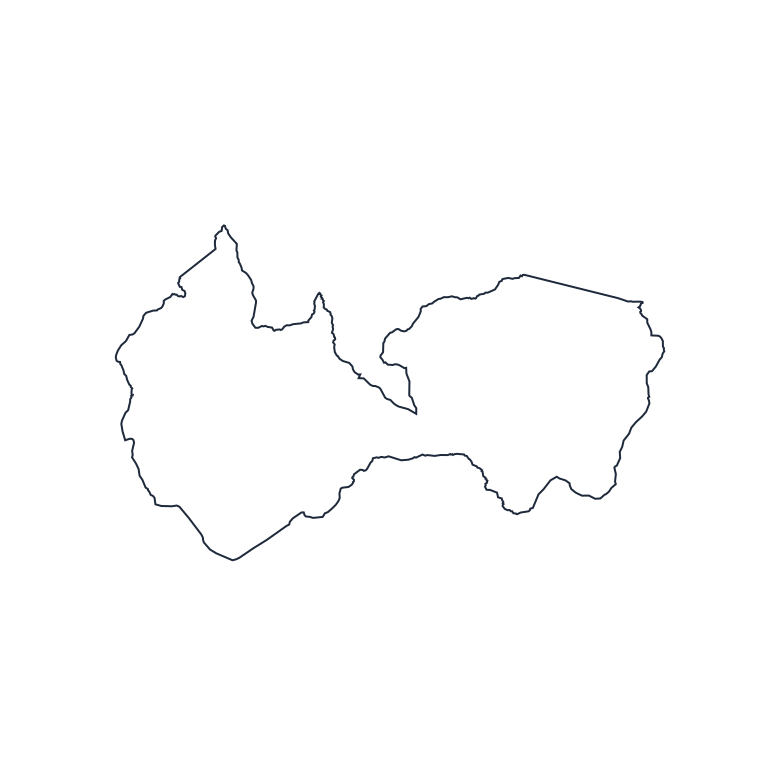 the district of Espejo, Carchi, Ecuador, rotated 142°
{"feature_id": "8360857B16708852637049", "entity_name": "Espejo", "entity_type": "district", "adm_level": 2, "iso_a3": "ECU", "parent_name": "Ecuador", "parent_adm1": "Carchi", "projection": "mercator", "projection_center": [-78.037, 0.708], "detail": "fine", "context": "isolated", "style": "outline", "palette": "slate", "viewbox_px": 768, "rotation_deg": 142, "n_neighbors": 0, "source": "geoboundaries", "source_scale": "gbopen_adm2", "svg_char_len": 6166}
<svg xmlns="http://www.w3.org/2000/svg" viewBox="0 0 768 768"><g transform="rotate(142 384 384)"><path d="M579.4,560.4L580.9,555.2L582.5,551.9L582.2,549.1L583.9,545.2L585.1,540.1L584.6,538.7L585.4,537.5L585.1,535.5L586.4,534.8L588.7,532.2L589.2,530.9L588.6,530.1L589.3,529.7L590.5,530.3L591.6,528.7L593.2,528.4L594.9,526.4L601.7,520.9L605.4,520.5L613.1,516.4L615.6,514.2L619.2,507.6L622.6,499.0L617.9,497.3L616.2,495.7L616.0,494.0L617.1,491.6L623.6,486.4L625.8,482.7L627.7,481.3L628.4,474.1L629.7,468.2L633.1,462.1L633.4,457.1L635.6,449.3L634.7,446.4L635.4,445.5L635.2,443.9L636.1,440.3L635.0,438.1L634.9,435.6L638.2,429.9L634.6,425.0L626.5,418.3L622.1,415.8L620.8,413.2L620.3,399.1L620.6,377.8L621.4,374.1L622.4,373.0L623.5,370.0L623.0,360.6L620.4,353.8L611.9,338.4L608.5,336.9L604.8,336.1L588.0,335.0L572.2,333.3L548.0,332.2L545.3,331.6L543.0,333.4L538.6,334.3L528.2,333.6L526.3,332.3L527.4,329.3L527.0,327.6L524.1,324.8L522.5,322.3L514.2,317.0L510.2,318.5L507.1,317.6L501.3,317.9L496.3,318.5L492.0,319.8L489.1,321.4L486.5,325.2L482.5,328.2L480.8,328.0L475.3,324.7L471.5,324.5L469.4,325.1L468.9,325.8L467.7,325.8L466.6,327.2L467.0,329.4L466.1,330.1L465.2,329.9L463.3,331.3L455.7,331.2L453.7,329.4L453.4,328.0L451.5,327.2L449.4,327.6L442.8,330.4L440.8,330.5L438.4,332.3L434.8,330.6L433.8,329.2L431.1,328.3L428.6,325.6L424.9,324.2L417.4,313.3L411.5,309.4L407.1,307.7L405.0,307.6L404.1,306.3L397.1,304.7L395.6,302.1L393.6,301.3L388.3,296.1L383.1,293.2L377.5,288.7L374.9,288.0L374.7,287.1L373.3,286.6L373.3,285.6L371.7,285.3L369.7,284.2L364.3,279.2L364.5,278.0L363.1,276.3L363.3,272.7L362.8,272.0L362.9,268.8L363.9,265.9L361.6,262.0L361.9,260.7L360.5,258.8L359.8,255.8L360.7,255.3L360.3,254.4L362.5,250.2L361.7,247.6L362.4,246.8L361.9,245.8L362.4,245.1L362.1,244.1L363.0,243.8L363.5,242.8L365.6,242.9L366.3,241.4L367.7,240.9L368.3,237.5L365.6,235.2L361.8,228.8L363.9,224.5L361.7,221.4L362.4,219.7L362.6,217.5L363.9,217.0L363.7,215.8L364.6,215.8L365.7,214.8L365.7,211.2L364.3,208.5L362.6,207.3L362.4,205.6L361.4,204.9L361.6,202.5L359.9,200.8L359.4,199.5L355.3,198.5L348.5,194.7L346.9,194.7L345.5,195.7L343.0,194.7L330.2,201.9L323.2,202.8L312.1,205.6L305.0,204.6L303.9,201.5L300.3,196.3L298.9,191.5L300.1,189.6L301.1,185.9L299.9,180.7L298.8,178.2L296.7,174.1L291.2,169.9L288.3,163.6L284.0,160.6L278.3,161.0L277.0,160.5L272.9,160.7L268.9,162.1L263.0,162.4L261.9,165.0L256.8,170.2L254.0,176.2L252.9,176.7L250.7,176.4L243.5,180.2L240.0,185.4L235.0,187.8L230.0,191.9L221.6,193.9L216.0,197.3L209.1,198.8L200.7,199.5L194.4,200.8L186.8,205.3L185.5,207.7L184.8,210.2L184.3,210.7L182.9,210.6L181.9,213.0L177.7,218.8L176.5,222.8L171.5,229.3L167.3,230.6L164.9,229.1L159.0,230.4L151.8,233.5L148.8,234.0L145.5,236.5L143.0,237.2L142.4,238.8L141.3,239.9L141.2,241.7L137.8,246.2L137.2,249.5L137.3,251.4L138.1,253.1L143.4,257.7L141.3,260.4L140.3,263.1L138.8,270.2L136.7,273.0L138.5,279.2L138.0,280.3L138.3,282.0L137.7,283.1L136.7,283.1L136.0,283.9L135.7,286.1L136.3,287.7L134.1,287.7L132.2,289.1L130.2,288.7L129.8,289.4L131.3,291.1L137.6,295.9L138.3,297.0L140.9,298.7L146.6,307.4L206.0,383.4L207.5,384.5L209.0,384.0L209.7,385.4L212.4,384.5L215.9,387.0L217.9,387.7L220.8,391.1L225.7,393.6L226.6,393.6L227.6,392.8L230.3,393.5L232.9,391.9L238.4,390.2L246.0,392.1L247.7,393.5L249.6,393.5L253.9,395.8L255.1,395.4L256.2,396.0L258.6,395.0L259.6,395.1L260.3,396.3L262.7,397.2L263.3,399.2L264.5,399.4L265.5,400.8L271.6,403.7L272.9,407.2L274.5,408.5L276.5,411.3L280.1,413.0L283.4,415.6L287.0,416.4L288.6,417.4L294.0,418.0L296.4,417.8L299.5,419.3L302.7,419.3L306.0,421.4L309.0,420.5L310.3,418.6L315.6,415.6L324.1,413.7L326.5,412.4L330.4,411.9L331.9,412.5L333.5,412.1L335.8,413.1L337.8,415.6L338.8,418.5L340.6,419.6L346.0,419.8L347.8,420.6L355.2,419.1L358.0,416.9L359.3,416.7L365.2,409.6L369.3,408.5L370.4,407.3L370.3,404.0L370.9,400.7L369.5,400.1L369.1,396.9L365.3,393.5L363.3,392.9L361.5,391.2L360.4,389.6L358.2,384.0L356.6,383.1L359.9,378.4L362.4,370.3L370.8,359.9L371.2,359.0L370.6,355.9L373.2,348.7L373.5,345.0L377.0,340.7L380.5,349.4L386.2,357.0L387.2,359.1L388.2,362.1L388.8,367.5L390.9,370.5L391.5,372.5L389.8,382.6L390.2,384.5L392.1,387.8L393.9,389.2L395.3,391.8L396.5,400.9L400.4,404.2L396.8,406.2L398.6,407.4L399.9,411.6L399.4,414.8L398.1,417.2L398.4,422.0L402.3,427.5L403.5,431.2L403.2,434.5L403.7,435.5L403.1,439.4L400.7,443.6L398.5,445.6L398.5,448.1L396.9,449.3L395.0,449.2L394.0,450.9L394.3,451.7L393.0,454.4L393.5,456.4L390.3,458.6L389.2,460.9L388.0,461.6L387.5,464.3L384.1,467.7L383.4,469.8L383.4,471.7L382.7,472.4L382.2,473.9L383.6,476.6L383.3,477.9L384.1,479.2L384.4,481.4L382.2,483.9L381.7,485.9L380.4,486.4L380.7,487.1L379.9,489.0L380.6,489.6L379.8,490.2L380.0,491.7L378.8,492.2L379.1,493.0L378.6,494.5L379.4,494.8L379.2,495.6L380.6,495.4L388.2,492.0L388.5,491.1L389.6,490.2L390.4,487.9L393.0,485.3L394.1,485.0L394.2,483.8L394.8,483.3L396.3,482.8L397.9,483.1L400.0,481.4L404.5,480.6L405.6,479.4L409.6,482.2L412.0,482.8L418.8,487.1L422.3,488.3L424.5,490.2L427.4,490.6L430.6,489.7L432.2,490.2L432.6,491.2L435.9,493.3L437.5,493.3L438.0,493.9L437.5,497.4L440.5,500.6L441.7,502.9L443.4,503.5L444.5,504.9L448.5,505.7L450.7,507.5L450.6,512.5L449.4,515.4L445.4,517.3L434.8,526.9L433.5,528.5L432.5,535.0L431.6,537.1L428.4,539.2L426.6,541.3L426.0,544.6L424.6,548.0L424.2,553.6L424.4,556.5L426.0,560.9L424.7,563.2L423.4,567.9L423.5,569.3L422.1,571.3L421.6,573.9L418.6,577.9L418.1,580.0L413.7,585.0L414.4,593.9L414.1,598.5L412.6,601.4L413.1,603.7L412.0,606.6L412.5,607.5L415.0,607.3L417.7,604.6L420.1,605.4L425.6,604.7L426.3,603.9L426.5,602.3L428.9,601.1L431.7,597.6L433.6,594.1L479.3,593.9L479.7,592.7L480.7,592.7L482.5,590.7L484.1,590.3L485.1,586.3L483.9,585.2L485.0,582.4L483.9,580.0L484.7,577.8L486.8,575.8L488.7,576.1L489.7,578.3L490.9,578.7L492.2,580.0L492.3,582.0L493.3,582.7L493.9,584.1L495.2,584.5L495.4,585.2L498.8,584.1L504.0,585.2L506.4,585.1L508.0,583.0L511.1,581.4L513.1,581.1L516.2,582.0L517.7,581.8L520.6,583.9L527.6,586.6L531.6,585.8L533.8,583.8L541.6,579.8L549.2,577.7L551.3,577.7L554.5,579.4L560.9,576.7L567.2,576.3L572.9,574.3L577.3,571.7L579.0,570.1L580.4,566.9L580.0,565.5L578.4,563.8L579.5,562.1L579.4,560.4Z" fill="none" stroke="#1e293b" stroke-width="2"/></g></svg>